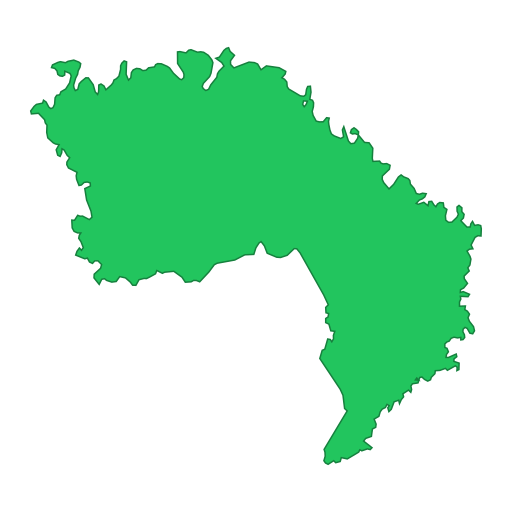 the district of Mafra, Santa Catarina, Brazil
{"feature_id": "56859067B87636064595694", "entity_name": "Mafra", "entity_type": "district", "adm_level": 2, "iso_a3": "BRA", "parent_name": "Brazil", "parent_adm1": "Santa Catarina", "projection": "robinson", "projection_center": [-49.893, -26.248], "detail": "fine", "context": "isolated", "style": "filled", "palette": "green", "viewbox_px": 512, "rotation_deg": 0, "n_neighbors": 0, "source": "geoboundaries", "source_scale": "gbopen_adm2", "svg_char_len": 5890}
<svg xmlns="http://www.w3.org/2000/svg" viewBox="0 0 512 512"><path d="M43.5,100.2L42.6,103.1L36.4,104.4L34.1,106.4L30.7,111.0L31.4,113.9L38.5,113.3L44.6,119.7L45.3,122.9L47.0,125.2L46.7,132.4L47.8,137.9L53.2,142.8L55.5,144.0L59.1,144.6L56.2,149.8L57.7,155.2L60.1,156.4L61.7,152.8L62.0,148.8L64.1,150.0L67.2,155.4L69.7,157.7L66.9,162.1L66.8,164.7L68.5,168.0L77.0,172.3L76.2,175.8L76.6,179.3L79.0,185.5L81.4,185.0L84.1,182.4L87.3,182.0L90.2,182.9L90.4,186.0L84.8,188.6L86.6,200.0L91.0,211.2L92.0,217.2L89.3,219.6L82.6,216.1L80.0,216.2L77.7,215.3L74.5,220.3L71.8,220.1L72.2,227.9L74.1,231.4L77.6,232.9L80.8,233.0L79.3,235.3L78.7,238.3L81.0,241.7L83.3,247.6L81.5,250.3L79.4,248.0L77.0,251.3L75.7,255.1L84.8,258.8L87.4,258.1L89.5,262.0L92.5,263.4L94.7,260.9L97.9,260.8L101.6,264.5L100.6,268.3L94.2,274.2L94.0,277.9L99.2,284.4L101.7,279.3L104.5,278.7L106.6,280.4L111.8,282.1L116.2,281.5L119.7,276.6L125.5,277.9L130.3,282.1L132.6,285.2L135.9,285.3L139.0,279.7L144.1,278.4L146.4,278.6L149.9,276.9L155.5,273.8L156.8,270.5L162.4,273.3L164.6,272.2L173.8,271.3L182.0,277.2L185.3,282.2L191.2,281.8L193.6,280.4L196.5,280.5L199.7,281.8L208.8,272.1L214.3,264.7L217.2,263.2L234.8,260.0L244.8,254.8L253.8,254.4L255.9,247.8L259.0,243.0L261.1,241.6L264.4,245.9L267.2,253.2L276.7,257.2L280.5,257.5L287.2,255.3L294.2,248.6L296.8,248.8L300.1,252.9L323.7,294.9L328.3,304.8L325.7,307.4L326.0,312.8L328.6,313.5L328.1,316.9L325.7,318.5L325.7,322.6L328.9,324.1L330.8,330.8L334.8,331.3L333.4,335.4L333.5,338.9L331.8,341.8L330.3,339.5L327.7,339.0L324.8,349.2L322.2,350.3L319.8,358.5L340.2,389.2L343.0,395.3L344.6,408.5L347.2,410.9L324.1,449.4L325.0,452.3L325.2,456.2L323.9,460.7L325.5,463.0L328.1,464.3L333.7,460.7L335.7,462.7L340.2,461.5L341.3,457.6L347.3,458.9L358.7,452.1L359.8,449.8L361.8,450.8L367.4,448.9L370.2,449.6L372.0,447.7L363.6,441.1L365.7,438.4L371.4,436.4L372.4,429.0L375.7,427.3L376.1,424.1L374.1,419.1L378.9,416.3L380.2,411.8L382.2,409.1L385.4,407.5L387.0,404.4L389.2,405.6L387.8,407.8L388.9,411.6L391.3,409.3L394.1,401.8L398.7,400.2L399.5,403.6L401.3,399.6L403.6,396.8L402.9,393.8L408.5,390.1L410.8,392.3L411.6,389.6L410.9,386.0L412.4,383.8L418.0,382.9L419.7,377.5L421.9,377.0L424.5,379.4L427.7,381.1L430.5,379.8L431.3,377.3L434.9,373.7L435.3,370.7L439.8,370.4L445.4,368.4L447.4,370.3L455.4,365.8L457.2,367.3L456.9,370.6L458.9,369.6L459.1,363.1L453.9,361.4L454.0,358.9L456.8,356.7L456.2,354.0L448.4,357.5L446.0,357.4L446.5,354.4L448.4,351.8L447.0,348.3L444.9,347.5L444.8,344.0L446.8,342.0L449.2,341.1L451.1,338.3L454.0,337.2L457.5,337.9L460.8,337.4L460.8,339.9L463.0,339.6L464.7,337.5L464.4,334.7L462.9,331.8L463.1,329.2L465.0,327.4L467.2,328.4L469.9,333.2L472.7,333.8L474.5,330.8L473.5,326.6L469.4,321.3L468.0,317.7L469.5,314.2L467.4,311.2L464.8,309.6L465.4,306.0L459.5,306.2L459.5,301.9L460.8,299.1L460.3,296.3L468.0,296.7L469.5,294.3L463.2,291.6L460.3,292.5L460.5,289.7L463.7,288.0L467.5,283.4L464.3,278.7L464.1,276.1L469.2,271.0L467.8,267.8L469.9,265.0L470.9,259.1L470.0,256.3L467.0,251.0L469.4,249.2L472.9,248.8L471.1,245.0L475.0,237.4L477.9,235.7L481.0,236.0L481.3,228.8L480.7,225.6L478.1,224.8L474.6,225.4L472.5,221.4L470.8,223.9L470.2,227.0L467.0,227.1L460.8,220.7L463.4,218.0L464.1,214.3L461.8,211.6L461.9,207.8L459.0,205.4L457.0,207.0L457.1,211.2L458.4,214.2L457.0,217.2L451.8,222.2L448.5,222.3L445.8,220.2L445.4,215.7L446.9,209.4L443.9,207.4L443.3,202.9L439.8,202.5L437.5,204.0L435.9,206.7L433.9,204.9L431.7,201.3L428.9,201.6L428.0,205.7L423.8,202.3L418.3,204.3L416.2,203.4L419.4,200.0L422.3,198.9L424.8,196.9L426.2,193.7L422.5,193.2L419.4,194.3L416.3,193.5L414.1,188.4L410.4,184.1L409.8,180.5L408.1,178.6L403.6,176.8L401.1,174.9L398.4,177.0L393.7,184.3L389.0,188.9L383.7,182.6L382.2,179.3L382.4,175.9L389.4,169.2L390.1,165.3L386.7,163.6L383.2,163.9L381.1,163.2L379.6,161.1L372.9,161.4L372.3,158.3L372.8,148.2L369.1,142.8L364.5,142.4L358.3,134.9L357.7,138.2L354.4,143.2L350.8,143.7L348.4,141.0L343.8,126.7L342.4,129.9L343.6,136.8L340.8,138.5L334.2,135.9L331.4,133.9L329.9,130.0L328.8,124.5L328.5,121.4L329.2,118.1L326.6,117.7L323.2,121.8L319.5,121.9L316.2,121.1L313.1,115.4L312.2,111.4L313.4,106.8L313.6,102.8L312.5,100.3L309.8,99.3L311.0,92.2L310.4,86.2L307.7,86.5L306.5,89.3L305.7,94.8L303.7,96.3L300.2,95.8L288.7,89.0L287.2,86.6L286.8,82.0L284.5,79.2L281.9,77.8L285.2,74.0L285.8,71.4L279.1,67.7L266.4,65.9L261.0,69.8L257.6,64.0L254.4,62.6L249.0,62.1L233.9,67.9L230.6,64.4L230.5,60.8L234.5,55.3L230.1,51.4L228.6,47.7L226.3,48.4L223.9,50.4L219.4,57.1L215.8,58.3L221.7,62.5L224.0,66.1L219.0,71.2L217.5,73.7L216.8,77.3L210.8,84.8L208.6,89.3L205.8,90.5L203.3,88.7L202.2,86.5L203.4,83.3L209.6,76.6L211.0,73.2L212.9,62.7L211.8,59.8L208.3,55.3L203.7,52.3L200.7,51.8L197.5,52.2L191.0,49.7L188.7,50.2L186.0,52.9L179.9,51.6L177.5,51.9L177.6,63.5L183.3,72.2L184.0,74.6L183.8,77.7L181.7,79.7L179.6,79.0L173.4,73.2L169.6,68.0L167.3,66.4L161.4,63.8L157.7,63.6L155.6,64.7L154.5,66.9L148.6,67.8L146.1,70.2L142.8,70.6L139.9,68.8L136.5,68.4L133.2,69.9L131.4,72.6L130.8,77.8L128.5,80.1L126.1,74.3L126.6,61.8L124.1,60.9L121.8,63.2L120.6,65.8L120.6,69.4L118.9,76.2L116.4,78.7L114.0,80.0L113.0,82.8L111.3,85.0L105.9,89.8L104.0,86.0L101.0,84.0L98.8,85.0L98.6,91.7L97.6,94.5L95.2,91.9L93.2,84.7L88.4,77.9L85.8,77.8L81.4,81.4L79.2,83.8L77.8,89.4L75.3,90.6L73.9,87.6L73.6,85.0L75.7,78.0L77.6,74.3L78.2,70.8L80.0,67.3L80.7,63.6L78.9,62.1L73.8,60.1L68.0,61.3L65.5,62.7L60.4,61.7L57.9,62.4L52.5,64.9L51.5,67.6L54.8,68.4L57.0,70.9L57.8,74.4L59.9,75.9L62.5,76.3L64.7,75.0L64.8,71.2L70.0,73.4L71.2,75.9L69.6,82.9L65.7,89.0L60.9,91.8L59.7,94.8L56.7,95.3L55.1,97.8L54.6,104.3L53.0,107.7L50.8,108.6L48.8,107.1L46.1,102.0L43.5,100.2ZM306.1,104.5L304.2,106.7L302.7,104.4L303.5,100.9L307.4,101.2L306.1,104.5ZM418.8,380.3L415.4,379.9L416.8,378.0L418.8,380.3ZM358.3,134.9L358.6,131.8L356.4,129.5L354.0,127.8L351.4,129.6L350.4,132.8L352.4,134.0L355.1,133.6L358.3,134.9Z" fill="#22c55e" stroke="#15803d" stroke-width="1.5"/></svg>